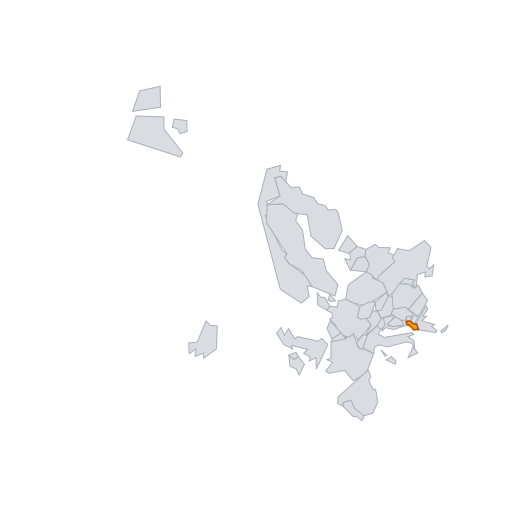 Albania on a map of Europe (Mercator projection), rotated 309°
{"feature_id": "ALB", "entity_name": "Albania", "entity_type": "country or territory", "adm_level": 0, "iso_a3": "ALB", "parent_name": "Europe", "parent_adm1": "", "projection": "mercator", "projection_center": [20.103, 41.151], "detail": "fine", "context": "in_parent", "style": "filled", "palette": "amber", "viewbox_px": 512, "rotation_deg": 309, "n_neighbors": 37, "source": "natural_earth", "source_scale": "50m", "svg_char_len": 8729}
<svg xmlns="http://www.w3.org/2000/svg" viewBox="0 0 512 512"><g transform="rotate(309 256 256)"><path d="M265.4,83.1L289.4,74.8L306.1,96.9L296.8,104.3L289.9,134.4L285.4,135.0L265.4,83.1ZM341.1,227.6L331.9,232.7L333.4,225.4L328.7,221.2L317.7,237.0L305.0,229.6L300.0,239.4L293.1,237.8L276.8,272.8L276.9,279.1L273.2,278.9L270.9,286.7L272.2,309.9L267.6,319.0L265.1,314.6L257.9,322.8L247.9,320.9L245.5,295.8L297.4,224.9L330.3,209.9L341.8,218.0L337.0,220.9L341.1,227.6ZM327.5,74.7L311.5,88.2L290.8,69.1L311.1,61.6L327.5,74.7ZM317.7,117.0L309.5,124.0L303.1,120.0L305.6,115.5L303.4,109.9L311.0,106.2L317.7,117.0Z" fill="#d9dde1" stroke="#a8b0b8" stroke-width="1"/><path d="M236.4,368.4L256.8,380.5L249.3,393.0L254.4,408.8L233.9,415.6L220.2,410.2L222.8,396.8L210.7,386.4L210.4,382.4L221.3,382.6L220.1,376.3L223.6,378.7L236.4,368.4ZM259.3,419.3L261.6,412.2L261.0,420.3L259.3,419.3Z" fill="#d9dde1" stroke="#a8b0b8" stroke-width="1"/><path d="M267.6,319.0L273.4,301.1L270.9,286.7L273.2,278.9L276.9,279.1L288.6,243.3L302.8,232.3L313.4,244.0L314.7,262.1L308.4,264.6L305.4,276.0L292.5,289.7L289.9,300.7L296.0,310.1L288.8,319.9L285.3,337.7L274.6,342.5L267.6,319.0Z" fill="#d9dde1" stroke="#a8b0b8" stroke-width="1"/><path d="M330.3,337.3L340.2,341.3L339.8,346.1L346.9,355.2L341.8,356.9L343.6,362.7L339.1,367.4L313.3,365.8L313.2,351.7L320.7,349.4L324.2,340.9L330.3,337.3Z" fill="#d9dde1" stroke="#a8b0b8" stroke-width="1"/><path d="M355.4,398.7L360.9,399.7L351.2,405.4L346.0,400.4L350.2,397.7L343.2,393.1L332.2,400.5L332.9,394.6L337.1,394.6L332.2,385.5L318.2,387.6L308.0,383.8L314.8,372.6L313.3,365.8L317.1,364.0L339.1,367.4L340.4,363.1L350.8,361.3L356.6,371.7L373.9,377.2L372.7,386.7L355.2,395.4L355.4,398.7Z" fill="#d9dde1" stroke="#a8b0b8" stroke-width="1"/><path d="M313.2,351.7L314.3,359.2L312.1,360.4L315.2,370.9L310.6,380.5L286.4,372.6L278.7,357.4L278.9,352.7L291.7,345.8L313.2,351.7Z" fill="#d9dde1" stroke="#a8b0b8" stroke-width="1"/><path d="M289.4,385.5L285.8,393.3L280.8,394.6L261.9,391.0L274.5,389.0L277.0,381.3L287.6,381.8L289.4,385.5Z" fill="#d9dde1" stroke="#a8b0b8" stroke-width="1"/><path d="M308.0,383.8L310.3,386.8L304.2,395.2L294.8,398.2L286.5,392.4L289.4,385.5L308.0,383.8Z" fill="#d9dde1" stroke="#a8b0b8" stroke-width="1"/><path d="M324.6,384.9L332.2,385.5L337.1,394.6L332.9,394.6L330.6,399.6L330.2,392.6L324.6,384.9Z" fill="#d9dde1" stroke="#a8b0b8" stroke-width="1"/><path d="M330.6,399.6L335.6,400.6L331.7,408.7L311.2,408.1L301.2,396.2L311.9,385.6L324.6,384.9L330.2,392.6L330.6,399.6Z" fill="#d9dde1" stroke="#a8b0b8" stroke-width="1"/><path d="M324.2,340.9L320.7,349.4L313.2,351.7L304.3,338.2L318.2,336.0L324.2,340.9Z" fill="#d9dde1" stroke="#a8b0b8" stroke-width="1"/><path d="M327.1,328.6L330.3,337.3L324.2,340.9L318.2,336.0L304.3,338.2L309.7,326.7L312.6,331.7L319.3,325.2L327.1,328.6Z" fill="#d9dde1" stroke="#a8b0b8" stroke-width="1"/><path d="M329.6,314.5L327.1,328.6L316.2,326.4L312.6,316.6L329.6,314.5Z" fill="#d9dde1" stroke="#a8b0b8" stroke-width="1"/><path d="M278.9,352.7L282.2,368.6L272.0,373.5L277.0,381.3L274.5,389.0L254.5,388.2L256.8,380.5L251.6,379.5L249.3,374.3L249.1,364.2L252.2,362.0L253.2,353.1L256.9,354.1L259.4,351.0L258.4,345.1L263.5,345.0L267.2,351.1L273.0,348.2L278.9,352.7Z" fill="#d9dde1" stroke="#a8b0b8" stroke-width="1"/><path d="M310.1,406.0L311.2,408.1L331.7,408.7L329.7,417.2L311.2,420.5L310.1,406.0Z" fill="#d9dde1" stroke="#a8b0b8" stroke-width="1"/><path d="M323.4,448.7L317.7,450.4L313.3,448.8L314.0,446.9L323.4,448.7ZM304.1,422.9L324.6,419.4L322.6,423.0L314.0,423.7L316.5,426.4L310.0,425.7L315.2,438.0L311.8,436.8L312.0,443.6L309.5,443.7L301.0,428.8L304.1,422.9Z" fill="#d9dde1" stroke="#a8b0b8" stroke-width="1"/><path d="M287.8,394.2L298.2,400.9L284.8,403.0L294.7,414.9L285.8,409.7L281.7,401.7L277.2,401.4L287.8,394.2Z" fill="#d9dde1" stroke="#a8b0b8" stroke-width="1"/><path d="M262.3,388.7L265.1,394.3L253.8,398.1L249.2,395.4L251.8,388.6L262.3,388.7Z" fill="#d9dde1" stroke="#a8b0b8" stroke-width="1"/><path d="M248.4,374.5L249.8,378.0L248.0,377.7L248.4,374.5Z" fill="#d9dde1" stroke="#a8b0b8" stroke-width="1"/><path d="M249.7,370.4L248.0,377.7L236.4,368.4L245.4,366.4L249.7,370.4Z" fill="#d9dde1" stroke="#a8b0b8" stroke-width="1"/><path d="M252.5,354.4L249.7,370.4L239.3,367.2L244.4,356.8L252.5,354.4Z" fill="#d9dde1" stroke="#a8b0b8" stroke-width="1"/><path d="M194.1,417.8L196.9,415.9L203.8,420.3L199.7,428.7L201.4,436.0L198.4,441.7L194.6,441.6L194.8,435.1L192.3,432.9L194.1,417.8Z" fill="#d9dde1" stroke="#a8b0b8" stroke-width="1"/><path d="M199.9,440.6L199.7,428.7L203.8,420.3L196.9,415.9L194.1,417.8L192.8,412.2L198.0,408.5L238.1,414.9L234.8,421.0L230.1,422.1L226.2,430.2L227.6,432.9L219.3,442.5L207.5,445.8L199.9,440.6Z" fill="#d9dde1" stroke="#a8b0b8" stroke-width="1"/><path d="M204.5,352.0L202.3,361.8L190.6,364.4L193.6,358.2L191.7,351.9L199.5,344.0L199.5,350.8L204.5,352.0Z" fill="#d9dde1" stroke="#a8b0b8" stroke-width="1"/><path d="M265.4,392.1L277.7,394.2L278.2,399.0L272.3,400.1L273.3,406.8L294.5,425.3L294.2,427.9L288.9,424.8L289.6,432.2L284.6,436.8L286.2,431.9L283.6,426.7L268.2,415.5L264.5,407.7L259.7,405.4L254.4,408.8L252.2,396.9L265.4,392.1ZM272.7,438.2L284.0,435.3L282.5,442.7L272.7,438.2ZM257.1,422.4L263.1,424.6L262.6,430.9L259.4,432.1L257.1,422.4Z" fill="#d9dde1" stroke="#a8b0b8" stroke-width="1"/><path d="M263.5,345.0L258.4,345.1L256.8,334.8L265.9,326.8L264.7,332.5L267.1,335.4L263.5,345.0ZM272.5,337.7L271.4,346.1L267.6,342.5L267.1,339.8L272.5,337.7Z" fill="#d9dde1" stroke="#a8b0b8" stroke-width="1"/><path d="M204.5,352.0L199.5,350.8L199.5,344.0L206.4,347.7L204.5,352.0ZM215.9,354.9L208.7,339.8L206.7,342.9L204.7,333.2L208.8,320.6L216.2,320.5L212.3,328.0L220.0,327.1L215.8,338.6L219.5,339.0L228.9,357.8L233.3,358.9L232.5,367.5L206.0,374.1L214.7,366.7L207.9,363.4L211.7,361.5L210.4,354.3L215.9,354.9Z" fill="#d9dde1" stroke="#a8b0b8" stroke-width="1"/><path d="M174.1,258.0L173.2,263.9L177.3,269.9L158.9,283.7L143.8,279.8L147.4,276.1L139.5,271.9L145.8,267.7L138.1,265.6L146.1,258.4L151.8,264.5L174.1,258.0Z" fill="#d9dde1" stroke="#a8b0b8" stroke-width="1"/><path d="M277.7,394.2L286.5,392.4L287.8,394.2L283.3,399.8L277.4,399.5L277.7,394.2Z" fill="#d9dde1" stroke="#a8b0b8" stroke-width="1"/><path d="M333.4,225.4L331.3,239.8L336.9,246.3L333.6,253.5L337.8,263.9L335.4,271.4L338.7,277.8L337.2,283.2L342.6,288.8L341.2,292.8L330.0,307.0L310.9,311.9L305.3,305.4L306.0,286.2L320.2,270.0L313.5,258.6L313.4,244.0L302.8,232.3L317.7,237.0L328.7,221.2L333.4,225.4Z" fill="#d9dde1" stroke="#a8b0b8" stroke-width="1"/><path d="M309.8,380.1L307.3,384.4L292.6,387.5L289.0,383.6L295.1,377.8L309.8,380.1Z" fill="#d9dde1" stroke="#a8b0b8" stroke-width="1"/><path d="M282.2,368.6L291.5,372.9L296.2,377.8L279.7,383.1L273.0,377.5L272.0,373.5L282.2,368.6Z" fill="#d9dde1" stroke="#a8b0b8" stroke-width="1"/><path d="M295.1,414.0L287.4,407.0L285.6,400.9L298.1,402.8L298.4,409.4L295.1,414.0Z" fill="#d9dde1" stroke="#a8b0b8" stroke-width="1"/><path d="M309.1,415.7L311.2,420.5L302.6,421.7L303.2,417.0L309.1,415.7Z" fill="#d9dde1" stroke="#a8b0b8" stroke-width="1"/><path d="M296.1,397.4L301.2,396.2L310.3,404.3L309.7,415.0L306.2,416.0L303.4,410.9L301.4,413.2L297.5,409.7L296.1,397.4Z" fill="#d9dde1" stroke="#a8b0b8" stroke-width="1"/><path d="M300.7,414.3L298.1,417.9L294.7,414.9L297.5,409.7L300.7,414.3Z" fill="#d9dde1" stroke="#a8b0b8" stroke-width="1"/><path d="M302.6,418.0L300.7,414.3L302.7,411.2L306.9,413.9L302.6,418.0Z" fill="#d9dde1" stroke="#a8b0b8" stroke-width="1"/><path d="M298.0,417.9L298.0,417.7L298.1,417.3L298.0,417.1L298.1,416.9L298.0,416.6L297.8,416.4L298.0,416.0L298.2,415.6L298.5,415.2L298.7,414.8L298.9,414.5L299.1,414.1L299.3,414.1L299.5,414.3L299.4,414.7L299.5,414.8L299.9,414.9L300.2,414.8L300.6,414.5L300.8,414.7L301.1,415.2L301.3,415.6L301.7,415.7L301.9,415.9L302.2,416.2L302.3,416.4L302.5,417.2L302.5,417.7L302.5,417.9L302.4,417.9L302.3,418.7L302.3,419.1L302.3,419.3L302.2,419.4L302.1,419.6L302.2,420.2L302.2,420.5L302.2,420.8L302.5,421.5L302.8,421.8L303.0,422.5L303.6,422.5L303.8,422.6L303.9,422.8L303.9,423.2L304.0,423.5L304.2,423.8L304.2,424.0L304.1,424.3L303.9,424.6L303.6,424.7L303.4,424.8L303.2,425.1L303.2,425.4L303.0,425.6L303.0,425.8L302.8,426.2L302.8,426.4L302.6,426.6L302.3,426.6L302.1,426.7L301.9,426.7L301.8,426.9L301.6,427.0L301.7,427.5L301.8,427.7L301.8,427.9L301.7,428.0L301.5,427.9L301.5,428.0L301.4,428.4L301.3,428.5L301.2,428.6L300.9,428.6L300.6,428.4L300.4,428.3L300.4,427.9L300.3,427.6L299.9,426.8L298.5,426.0L298.2,425.6L298.1,425.3L297.9,425.0L298.1,425.0L298.4,425.2L298.4,424.7L298.0,424.0L298.0,423.8L298.2,423.2L298.4,422.5L298.4,421.6L298.5,421.0L298.4,420.6L298.4,420.1L298.6,419.4L298.7,419.2L298.9,419.0L298.9,418.3L298.5,418.0L298.0,417.9Z" fill="#f59e0b" stroke="#b45309" stroke-width="1.5"/></g></svg>